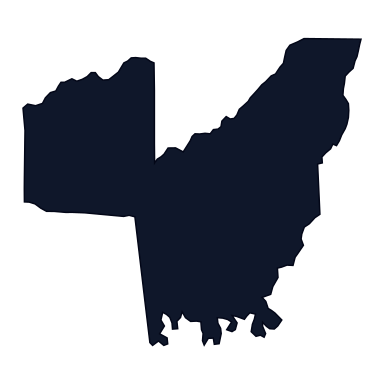 Juranda, Paraná, Brazil (Robinson projection)
{"feature_id": "56859067B47517937366548", "entity_name": "Juranda", "entity_type": "district", "adm_level": 2, "iso_a3": "BRA", "parent_name": "Brazil", "parent_adm1": "Paraná", "projection": "robinson", "projection_center": [-52.824, -24.406], "detail": "fine", "context": "isolated", "style": "filled", "palette": "ink", "viewbox_px": 384, "rotation_deg": 0, "n_neighbors": 0, "source": "geoboundaries", "source_scale": "gbopen_adm2", "svg_char_len": 2447}
<svg xmlns="http://www.w3.org/2000/svg" viewBox="0 0 384 384"><path d="M154.0,62.9L150.3,61.3L145.7,58.2L140.9,58.2L135.7,57.6L131.2,57.9L127.6,61.1L123.9,62.9L121.5,66.9L118.4,72.1L113.1,76.3L108.7,79.7L102.9,80.1L98.3,76.6L95.3,72.6L91.2,72.6L87.2,76.6L82.3,79.3L76.8,81.2L71.9,78.8L64.6,82.3L61.0,82.3L58.4,86.2L55.8,91.0L50.4,92.6L45.4,97.8L42.5,103.4L35.6,105.7L27.7,104.1L23.0,108.1L25.0,130.5L24.4,177.0L24.3,188.7L24.4,201.9L29.2,202.1L35.0,203.9L41.0,208.3L46.5,211.3L54.3,211.4L66.0,212.4L71.8,212.3L84.7,212.8L123.7,216.4L129.1,215.3L134.9,216.8L139.1,252.0L145.1,302.7L149.9,342.6L152.6,345.4L158.5,341.0L163.8,345.4L167.7,343.9L167.1,337.9L159.6,333.8L164.4,326.0L160.9,320.0L162.7,312.3L166.5,314.4L169.8,317.3L172.0,322.9L172.5,329.1L177.7,328.7L176.9,321.3L180.5,317.5L182.1,311.7L185.5,317.7L190.6,321.4L196.5,321.1L200.9,321.8L201.5,329.7L203.1,333.4L202.5,340.7L204.2,345.1L208.3,338.3L213.3,338.1L214.3,344.3L219.1,343.7L221.2,333.6L220.6,328.3L217.9,323.3L217.3,317.7L222.7,318.1L227.7,319.5L231.6,322.0L226.7,329.7L232.0,331.6L235.3,329.6L237.1,322.9L232.1,315.5L236.6,316.4L244.4,319.3L246.8,316.0L249.8,312.8L255.5,314.1L254.3,319.3L252.4,324.3L251.2,331.7L256.0,336.3L260.4,335.2L264.1,337.2L265.6,333.6L262.6,326.3L262.6,322.2L266.4,326.3L269.7,328.7L274.3,329.0L277.7,326.0L281.8,320.0L274.9,313.0L271.4,310.4L268.1,308.4L265.8,301.4L262.1,297.4L270.7,294.3L272.8,286.6L278.0,277.5L277.4,268.1L281.6,267.1L287.0,265.1L293.0,265.4L295.1,257.3L297.8,253.5L303.4,245.3L301.1,239.0L301.8,234.0L304.3,227.1L309.4,223.7L314.9,217.7L319.9,214.3L317.6,164.0L322.3,162.9L321.9,157.0L325.7,152.9L330.6,148.8L332.8,144.1L336.5,145.6L339.4,140.7L341.7,134.9L345.2,128.7L346.9,124.2L348.4,117.5L348.8,110.3L348.4,103.6L345.8,99.3L342.9,95.3L343.4,88.6L344.4,83.3L345.2,76.1L348.9,72.1L353.1,68.3L355.0,60.9L357.0,56.6L358.3,50.9L359.6,44.6L361.0,39.2L304.0,38.6L297.6,41.9L293.4,43.7L289.9,45.2L286.2,50.4L284.7,57.0L283.4,63.3L280.1,67.0L277.7,70.6L275.5,74.0L271.2,75.9L265.7,81.7L261.8,84.8L257.9,89.5L254.1,93.7L250.3,97.8L248.2,101.4L243.3,105.9L239.3,109.3L236.9,115.0L234.1,118.4L230.2,119.0L226.2,116.6L221.9,121.1L221.0,126.7L218.0,129.1L213.4,129.6L210.2,133.8L205.0,133.3L199.6,134.0L195.0,133.8L192.1,136.5L190.3,140.7L186.9,146.1L183.2,151.9L175.6,147.9L168.1,148.0L164.0,154.2L160.9,156.9L157.3,159.1L154.6,163.0L154.4,143.9L154.4,101.0L154.4,90.4L154.0,62.9Z" fill="#0f172a" stroke="#020617" stroke-width="1.5"/></svg>